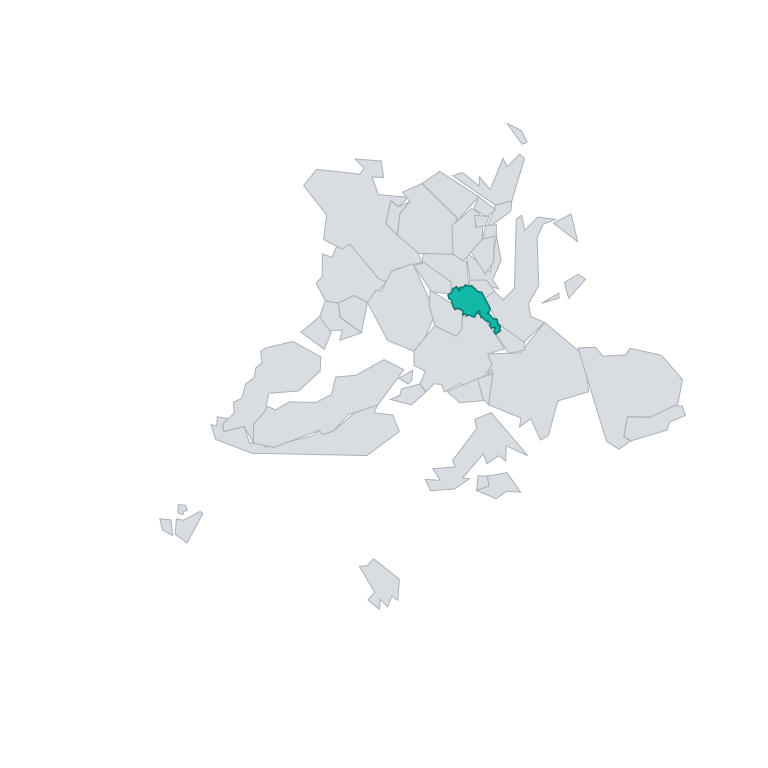 Europe, with Austria highlighted, rotated 232°
{"feature_id": "AUT", "entity_name": "Austria", "entity_type": "country or territory", "adm_level": 0, "iso_a3": "AUT", "parent_name": "Europe", "parent_adm1": "", "projection": "orthographic", "projection_center": [13.446, 47.7], "detail": "fine", "context": "in_parent", "style": "filled", "palette": "teal", "viewbox_px": 768, "rotation_deg": 232, "n_neighbors": 37, "source": "natural_earth", "source_scale": "50m", "svg_char_len": 10634}
<svg xmlns="http://www.w3.org/2000/svg" viewBox="0 0 768 768"><g transform="rotate(232 384 384)"><path d="M380.0,131.0L394.1,126.9L405.5,137.4L400.1,142.0L396.8,160.8L393.5,161.4L380.0,131.0ZM460.8,232.5L452.0,240.2L451.6,232.1L445.2,228.7L436.5,247.7L420.1,241.5L415.5,252.9L406.9,251.7L387.2,296.0L387.3,304.6L382.0,304.4L378.2,315.3L379.6,351.1L371.3,366.0L367.4,358.5L354.2,371.7L337.2,366.9L338.2,326.4L410.8,237.2L444.0,217.2L458.4,222.6L454.2,226.6L460.8,232.5ZM415.8,124.3L408.0,132.5L394.7,124.1L405.3,119.7L415.8,124.3ZM415.4,147.9L410.5,152.9L405.5,151.0L406.9,148.1L404.9,144.9L409.6,142.3L415.4,147.9Z" fill="#d9dde1" stroke="#a8b0b8" stroke-width="1"/><path d="M303.3,453.7L343.8,484.1L324.7,510.6L333.6,548.5L282.4,559.2L252.0,540.5L263.7,510.6L242.2,481.7L243.5,472.8L266.4,478.4L266.7,464.3L272.9,470.9L303.3,453.7ZM344.0,575.0L350.4,558.0L348.0,577.7L344.0,575.0Z" fill="#d9dde1" stroke="#a8b0b8" stroke-width="1"/><path d="M371.3,366.0L381.8,337.1L378.2,315.3L382.0,304.4L387.3,304.6L401.8,258.3L417.9,244.7L432.7,256.5L438.3,278.3L430.3,282.6L428.3,298.2L411.2,319.2L408.1,336.0L419.1,350.4L408.1,367.4L403.2,399.1L383.1,408.3L371.3,366.0Z" fill="#d9dde1" stroke="#a8b0b8" stroke-width="1"/><path d="M485.7,389.1L505.2,392.6L506.7,401.5L524.4,415.5L515.6,421.1L521.9,431.8L515.3,443.2L462.8,449.3L458.5,421.2L472.2,414.7L475.9,397.7L485.7,389.1Z" fill="#d9dde1" stroke="#a8b0b8" stroke-width="1"/><path d="M566.6,501.3L579.1,499.8L561.4,519.1L546.9,510.8L554.5,502.2L536.8,496.0L516.0,518.1L514.9,504.3L524.3,502.4L509.4,484.4L479.8,494.3L456.4,488.9L467.7,462.9L462.8,449.3L469.9,444.6L515.3,443.2L516.0,434.0L535.1,425.4L552.5,442.8L589.9,442.9L594.5,463.3L564.1,494.2L566.6,501.3Z" fill="#d9dde1" stroke="#a8b0b8" stroke-width="1"/><path d="M458.5,421.2L462.9,435.7L458.8,438.7L468.1,459.4L461.0,481.0L407.9,468.0L391.2,437.2L391.5,427.8L416.0,413.7L458.5,421.2Z" fill="#d9dde1" stroke="#a8b0b8" stroke-width="1"/><path d="M456.4,488.9L462.2,494.9L450.4,515.5L429.3,524.0L409.6,511.6L415.4,495.8L456.4,488.9Z" fill="#d9dde1" stroke="#a8b0b8" stroke-width="1"/><path d="M492.9,486.2L509.4,484.4L524.3,502.4L514.9,504.3L511.9,516.7L508.1,501.0L492.9,486.2Z" fill="#d9dde1" stroke="#a8b0b8" stroke-width="1"/><path d="M511.9,516.7L523.7,516.7L518.6,537.5L470.0,543.9L443.8,518.4L465.4,491.9L492.9,486.2L508.1,501.0L511.9,516.7Z" fill="#d9dde1" stroke="#a8b0b8" stroke-width="1"/><path d="M475.9,397.7L472.2,414.7L458.5,421.2L438.4,397.7L463.3,390.4L475.9,397.7Z" fill="#d9dde1" stroke="#a8b0b8" stroke-width="1"/><path d="M476.7,374.7L485.7,389.1L475.9,397.7L463.3,390.4L438.4,397.7L445.6,376.0L452.0,384.3L462.0,371.1L476.7,374.7Z" fill="#d9dde1" stroke="#a8b0b8" stroke-width="1"/><path d="M475.9,350.4L476.7,374.7L457.0,374.0L448.2,358.3L475.9,350.4Z" fill="#d9dde1" stroke="#a8b0b8" stroke-width="1"/><path d="M391.5,427.8L398.7,459.9L377.2,470.3L387.8,487.3L382.4,504.5L337.5,500.7L343.8,484.1L332.5,481.0L328.8,469.2L330.5,448.3L337.3,444.3L340.8,426.7L348.0,429.3L353.3,423.6L352.1,412.1L361.9,412.4L368.6,424.5L380.0,419.1L391.5,427.8Z" fill="#d9dde1" stroke="#a8b0b8" stroke-width="1"/><path d="M466.9,539.2L470.0,543.9L518.6,537.5L517.3,558.8L473.4,573.9L466.9,539.2Z" fill="#d9dde1" stroke="#a8b0b8" stroke-width="1"/><path d="M513.6,641.4L498.9,648.3L486.5,645.7L487.8,640.5L513.6,641.4ZM456.4,581.8L505.9,566.4L502.3,576.0L481.3,580.9L488.4,586.7L471.9,587.3L488.5,616.8L479.4,614.8L481.6,632.6L475.2,633.6L449.6,597.3L456.4,581.8Z" fill="#d9dde1" stroke="#a8b0b8" stroke-width="1"/><path d="M456.4,581.8L449.6,597.3L442.1,590.3L443.0,560.5L456.4,581.8Z" fill="#d9dde1" stroke="#a8b0b8" stroke-width="1"/><path d="M412.8,515.8L437.7,529.8L406.6,536.6L431.7,563.9L409.4,552.5L399.2,533.6L388.4,533.0L412.8,515.8Z" fill="#d9dde1" stroke="#a8b0b8" stroke-width="1"/><path d="M354.9,503.0L360.7,516.0L334.1,523.1L324.1,516.1L331.4,501.2L354.9,503.0Z" fill="#d9dde1" stroke="#a8b0b8" stroke-width="1"/><path d="M326.7,469.5L329.1,477.4L325.2,476.2L326.7,469.5Z" fill="#d9dde1" stroke="#a8b0b8" stroke-width="1"/><path d="M330.5,461.1L325.2,476.2L303.3,453.7L322.4,452.1L330.5,461.1Z" fill="#d9dde1" stroke="#a8b0b8" stroke-width="1"/><path d="M339.2,429.1L330.5,461.1L309.7,452.1L322.7,432.3L339.2,429.1Z" fill="#d9dde1" stroke="#a8b0b8" stroke-width="1"/><path d="M187.3,543.4L195.0,540.6L208.4,555.7L193.9,573.6L193.8,593.0L183.1,605.3L173.7,602.1L178.2,586.1L173.5,578.7L187.3,543.4Z" fill="#d9dde1" stroke="#a8b0b8" stroke-width="1"/><path d="M187.4,603.3L193.9,573.6L208.4,555.7L195.0,540.6L187.3,543.4L188.0,529.0L201.9,524.1L292.9,559.1L282.9,573.0L271.1,573.7L258.1,592.4L260.7,599.8L235.7,620.3L203.7,621.9L187.4,603.3Z" fill="#d9dde1" stroke="#a8b0b8" stroke-width="1"/><path d="M247.8,408.7L238.4,426.4L214.6,425.0L224.1,414.6L224.5,401.7L243.1,391.4L239.2,403.9L247.8,408.7Z" fill="#d9dde1" stroke="#a8b0b8" stroke-width="1"/><path d="M361.5,511.0L389.6,516.2L390.8,527.4L377.0,529.9L379.1,545.7L432.5,589.7L432.1,596.3L418.4,589.4L420.9,607.9L408.2,620.4L411.9,607.6L405.0,594.7L366.3,566.6L358.1,547.2L346.8,541.2L333.6,548.5L330.7,520.2L361.5,511.0ZM376.8,624.2L406.5,616.6L402.8,636.0L376.8,624.2ZM337.9,582.3L352.9,588.6L350.9,604.6L342.5,607.4L337.9,582.3Z" fill="#d9dde1" stroke="#a8b0b8" stroke-width="1"/><path d="M361.9,412.4L352.1,412.1L350.6,392.8L367.9,379.4L365.3,389.4L369.5,394.8L361.9,412.4ZM379.3,399.2L377.1,415.1L369.9,408.0L369.1,403.0L379.3,399.2Z" fill="#d9dde1" stroke="#a8b0b8" stroke-width="1"/><path d="M247.8,408.7L239.2,403.9L243.1,391.4L253.7,401.6L247.8,408.7ZM267.8,419.3L261.7,388.2L256.7,392.8L258.0,374.7L271.2,355.1L283.4,357.8L273.5,369.0L287.2,370.3L274.9,388.9L281.5,391.1L291.9,429.9L300.2,433.6L295.6,450.8L238.9,453.1L260.0,442.3L248.3,432.4L256.7,430.6L257.7,415.9L267.8,419.3Z" fill="#d9dde1" stroke="#a8b0b8" stroke-width="1"/><path d="M255.5,252.4L251.1,258.9L252.7,268.2L220.6,275.8L205.1,261.7L212.1,259.5L206.2,249.6L216.5,248.6L209.5,241.6L223.6,238.4L225.6,248.5L255.5,252.4Z" fill="#d9dde1" stroke="#a8b0b8" stroke-width="1"/><path d="M389.6,516.2L409.6,511.6L412.8,515.8L402.7,528.9L388.9,528.5L389.6,516.2Z" fill="#d9dde1" stroke="#a8b0b8" stroke-width="1"/><path d="M451.6,232.1L453.4,248.1L462.2,254.1L460.4,263.4L469.4,275.1L468.8,285.5L475.7,292.9L475.6,300.8L485.6,306.8L485.3,313.1L473.6,338.3L444.2,350.9L433.5,341.6L431.1,312.4L447.6,287.5L435.9,274.0L432.7,256.5L417.9,244.7L436.5,247.7L445.2,228.7L451.6,232.1Z" fill="#d9dde1" stroke="#a8b0b8" stroke-width="1"/><path d="M459.2,480.5L454.8,490.4L422.8,499.9L414.4,491.6L427.1,478.4L459.2,480.5Z" fill="#d9dde1" stroke="#a8b0b8" stroke-width="1"/><path d="M398.7,459.9L418.6,468.3L429.5,478.2L393.8,491.2L379.3,479.1L377.2,470.3L398.7,459.9Z" fill="#d9dde1" stroke="#a8b0b8" stroke-width="1"/><path d="M432.5,561.8L413.0,545.8L408.2,531.4L437.8,534.4L439.7,550.1L432.5,561.8Z" fill="#d9dde1" stroke="#a8b0b8" stroke-width="1"/><path d="M467.0,562.7L473.4,573.9L452.4,579.3L452.8,567.4L467.0,562.7Z" fill="#d9dde1" stroke="#a8b0b8" stroke-width="1"/><path d="M432.3,522.0L443.8,518.4L466.9,535.0L468.3,560.8L459.9,564.4L452.0,552.6L447.5,558.6L437.7,550.8L432.3,522.0Z" fill="#d9dde1" stroke="#a8b0b8" stroke-width="1"/><path d="M446.1,561.5L440.4,570.6L431.7,563.9L437.7,550.8L446.1,561.5Z" fill="#d9dde1" stroke="#a8b0b8" stroke-width="1"/><path d="M451.5,570.0L446.1,561.5L450.5,553.4L461.2,558.9L451.5,570.0Z" fill="#d9dde1" stroke="#a8b0b8" stroke-width="1"/><path d="M354.1,506.1L354.9,504.7L355.1,503.7L354.5,503.2L354.3,503.0L354.5,502.9L355.3,503.0L355.9,502.8L356.2,502.5L356.9,502.8L358.0,503.4L358.4,503.8L358.6,504.1L358.8,504.4L358.7,504.8L358.9,505.0L359.4,505.1L359.8,505.2L359.6,505.8L359.6,506.3L360.1,506.2L360.7,505.9L361.2,505.2L361.5,504.6L361.7,503.1L361.8,503.0L362.2,503.1L363.6,503.1L364.3,503.4L365.4,503.5L365.4,503.8L365.5,504.1L366.0,504.7L366.2,505.0L366.7,505.1L367.5,504.9L368.0,504.8L368.9,504.8L369.5,504.4L369.7,504.0L370.3,503.8L371.2,503.3L372.4,502.9L376.2,502.6L376.4,502.2L376.3,501.5L376.4,501.4L376.9,501.6L377.7,501.8L378.3,502.0L378.7,502.4L379.0,502.4L379.6,502.2L380.4,502.0L381.1,502.4L381.3,502.8L381.1,503.0L381.1,503.3L381.4,503.6L381.9,504.0L382.7,504.4L383.0,504.4L383.2,504.0L383.3,503.1L383.4,502.2L383.2,501.7L382.8,501.5L382.4,501.5L382.1,501.4L382.2,501.1L382.6,500.3L382.6,499.3L381.7,498.2L381.0,497.1L381.0,496.7L381.5,496.0L382.1,495.5L383.7,494.6L384.1,494.5L384.7,494.3L385.6,494.0L386.0,493.6L386.3,493.2L386.7,491.1L386.8,491.0L386.9,490.9L388.5,491.6L388.9,491.4L389.4,490.8L389.5,490.4L389.4,489.6L389.5,488.9L389.6,488.6L389.8,488.7L390.5,489.1L391.0,489.5L391.5,490.6L392.6,490.9L394.1,490.9L394.6,490.4L395.0,490.3L395.6,490.4L396.7,490.6L396.8,489.7L397.4,488.8L397.7,488.5L398.5,488.5L398.7,487.8L398.8,485.9L399.0,485.7L399.6,485.7L400.2,486.0L400.4,486.3L400.7,486.3L401.1,486.1L401.6,485.9L402.3,486.1L403.9,486.9L404.7,487.2L405.2,487.2L405.7,487.2L407.6,488.4L409.0,488.6L410.1,488.5L410.5,488.1L411.0,487.8L411.5,487.8L412.0,487.9L412.9,488.5L413.3,488.6L413.9,488.7L414.3,488.8L414.7,489.8L414.9,490.0L414.9,490.6L414.6,491.2L414.3,492.0L414.3,492.7L415.3,494.9L416.2,496.3L416.3,496.8L416.9,497.2L416.4,497.8L416.3,498.5L416.1,498.9L416.0,499.3L416.1,499.7L416.2,500.2L416.4,500.9L415.6,501.1L414.7,501.1L414.4,501.1L414.1,501.3L413.8,501.3L412.9,500.7L412.4,500.5L412.1,500.6L411.9,500.9L411.5,501.2L411.1,501.5L412.9,502.2L413.2,503.1L413.0,503.9L412.9,504.2L412.5,504.5L412.0,504.8L411.4,504.9L411.3,505.3L411.6,506.4L411.4,506.7L411.3,507.0L411.5,508.0L411.8,508.0L411.9,508.6L411.8,509.0L411.7,509.5L411.4,509.8L410.7,509.8L410.0,510.1L408.7,511.5L408.3,511.8L407.8,512.3L407.8,513.5L407.7,513.8L406.1,513.5L404.9,513.7L404.2,514.2L403.3,514.5L401.5,514.4L399.7,514.7L399.2,514.8L398.8,514.9L398.3,515.2L398.1,515.7L397.6,516.3L397.0,516.7L396.3,517.0L396.1,517.3L395.9,517.5L395.5,517.3L395.2,517.3L394.8,517.2L393.5,517.0L392.1,516.8L391.4,516.5L390.7,516.3L389.9,516.2L389.1,516.2L388.7,516.1L387.0,515.7L385.8,515.6L384.3,515.4L381.2,514.8L380.4,514.5L379.5,514.4L378.5,514.2L377.7,513.8L377.3,513.1L376.8,512.2L375.8,510.9L375.6,510.3L375.9,509.8L376.3,509.4L376.2,509.2L374.3,509.6L372.7,510.2L372.1,510.3L371.4,510.1L370.6,510.1L369.8,510.2L368.3,510.3L367.3,510.7L366.7,511.6L366.4,512.4L366.1,512.6L365.5,512.7L364.7,512.6L364.1,512.4L363.6,511.7L362.7,511.6L361.8,511.5L361.6,511.4L361.6,511.0L361.3,510.2L360.8,509.9L359.3,511.3L358.9,511.4L357.8,511.0L356.9,510.3L356.8,509.8L356.6,509.4L355.8,509.0L354.8,508.7L354.5,508.7L354.7,508.1L354.7,507.8L354.4,507.5L354.3,507.1L354.3,506.8L354.2,506.6L354.2,506.3L354.1,506.1Z" fill="#14b8a6" stroke="#0f766e" stroke-width="1.5"/></g></svg>